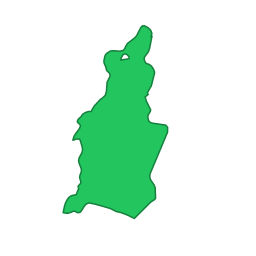 map outline of Pyrénées-Orientales (Robinson projection), rotated 110°
{"feature_id": "FRA-5337", "entity_name": "Pyrénées-Orientales", "entity_type": "Metropolitan department", "adm_level": 1, "iso_a3": "FRA", "parent_name": "France", "parent_adm1": "", "projection": "robinson", "projection_center": [2.397, 42.62], "detail": "fine", "context": "isolated", "style": "filled", "palette": "green", "viewbox_px": 256, "rotation_deg": 110, "n_neighbors": 0, "source": "natural_earth", "source_scale": "10m", "svg_char_len": 1973}
<svg xmlns="http://www.w3.org/2000/svg" viewBox="0 0 256 256"><g transform="rotate(110 128 128)"><path d="M27.7,141.6L28.4,140.1L30.9,137.9L34.3,137.6L33.8,136.8L36.6,136.4L45.4,135.0L49.2,134.9L50.5,135.2L55.5,136.7L56.9,136.6L58.2,136.1L59.9,134.7L60.7,133.6L61.1,132.3L61.0,130.1L61.3,128.8L61.6,127.7L62.3,126.4L64.0,124.2L66.0,122.4L67.5,121.8L80.3,120.5L88.0,121.8L89.2,121.1L89.6,120.5L92.9,122.5L96.6,119.8L103.2,112.9L104.9,112.7L109.0,113.5L111.2,113.0L114.0,111.2L115.1,109.2L115.1,106.7L112.4,93.6L113.8,91.0L118.4,89.4L163.7,91.6L167.3,90.5L168.9,89.1L172.6,84.0L174.7,82.1L184.5,78.1L186.0,78.4L189.7,81.2L210.8,91.1L210.0,99.1L209.9,105.8L210.5,110.2L209.7,117.2L210.3,126.4L210.9,133.4L211.7,139.0L213.7,141.2L216.7,142.4L220.4,143.1L223.5,144.1L224.7,145.8L224.7,147.7L224.3,149.7L225.3,151.4L226.7,152.6L228.9,155.7L229.7,159.4L229.6,160.0L223.7,160.9L220.1,161.1L216.5,160.7L213.7,159.9L212.0,158.9L210.7,157.6L209.6,156.0L208.7,154.2L207.8,153.9L203.8,153.8L202.3,153.5L199.9,155.0L195.5,153.4L191.0,156.6L188.6,157.0L186.3,156.9L184.1,157.1L181.9,158.3L177.7,162.0L175.5,163.3L172.6,163.7L167.2,162.9L164.4,163.1L161.9,164.3L156.1,168.5L155.0,169.9L156.3,173.2L158.0,174.9L158.1,175.7L154.4,175.9L151.3,175.3L145.0,173.4L142.3,173.4L141.2,174.3L140.1,177.1L139.2,177.9L137.7,177.9L136.2,177.5L133.4,176.0L130.8,175.4L128.2,173.5L126.0,170.8L125.0,168.1L122.8,168.0L118.5,167.1L110.5,163.7L108.8,162.4L105.0,160.5L100.6,160.9L92.1,163.3L85.6,162.6L83.4,163.5L82.7,164.4L81.7,166.9L81.0,167.9L77.7,170.2L75.4,172.5L73.8,173.4L71.5,173.9L67.9,174.3L66.1,174.0L64.4,173.0L61.7,170.9L60.4,168.3L58.6,161.9L56.7,159.0L54.5,158.2L52.0,158.1L48.7,157.4L41.0,152.5L38.1,151.4L29.5,150.4L27.0,149.4L27.1,148.9L27.0,148.5L26.7,148.1L26.3,147.9L26.8,143.6L27.7,141.6ZM64.4,158.3L64.8,158.3L66.2,158.0L66.6,157.9L65.1,155.4L63.7,152.6L62.3,150.8L60.7,151.4L59.2,154.5L59.5,156.6L61.3,157.9L64.4,158.3Z" fill="#22c55e" stroke="#15803d" stroke-width="1.5"/></g></svg>